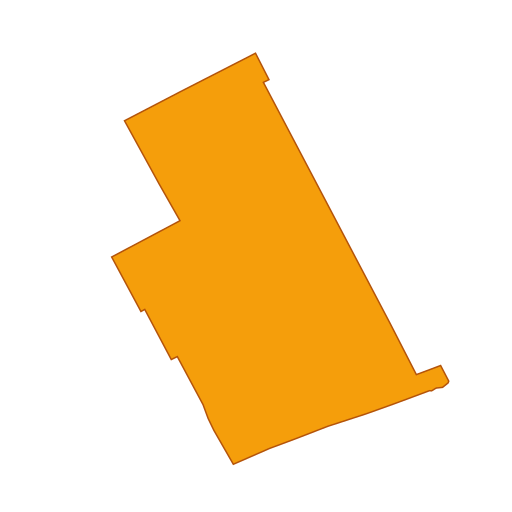 the district of Franklin, New York, United States of America, rotated 159°
{"feature_id": "52423323B52661947985134", "entity_name": "Franklin", "entity_type": "district", "adm_level": 2, "iso_a3": "USA", "parent_name": "United States of America", "parent_adm1": "New York", "projection": "natural_earth1", "projection_center": [-74.342, 44.551], "detail": "fine", "context": "isolated", "style": "filled", "palette": "amber", "viewbox_px": 512, "rotation_deg": 159, "n_neighbors": 0, "source": "geoboundaries", "source_scale": "gbopen_adm2", "svg_char_len": 550}
<svg xmlns="http://www.w3.org/2000/svg" viewBox="0 0 512 512"><g transform="rotate(159 256 256)"><path d="M351.8,69.7L312.3,71.5L283.5,71.2L250.1,71.3L209.7,69.2L179.5,68.5L142.3,68.1L140.4,67.2L138.5,67.5L136.7,67.9L134.9,68.1L128.9,66.5L122.1,68.7L120.9,70.1L122.9,87.6L148.8,87.8L155.0,145.3L186.9,415.5L180.7,416.0L183.8,445.5L267.8,436.5L330.3,429.4L320.6,357.9L314.3,316.2L391.1,306.8L383.3,245.4L379.0,246.0L372.2,189.7L365.5,190.3L358.7,136.2L358.9,121.4L357.8,108.3L351.8,69.7Z" fill="#f59e0b" stroke="#b45309" stroke-width="1.5"/></g></svg>